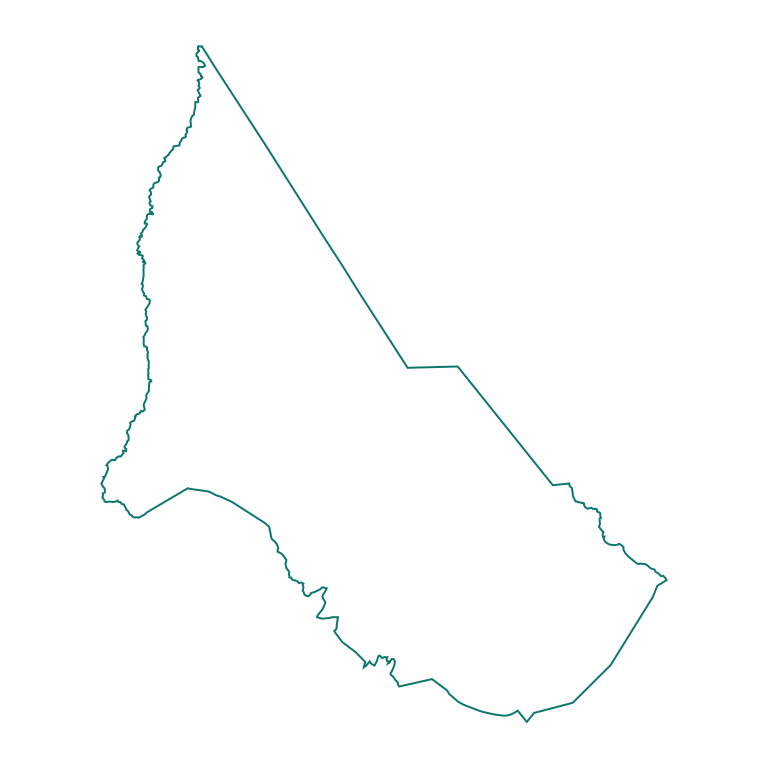 Tiaty, Rift Valley, Kenya
{"feature_id": "3690345B93323191576602", "entity_name": "Tiaty", "entity_type": "district", "adm_level": 2, "iso_a3": "KEN", "parent_name": "Kenya", "parent_adm1": "Rift Valley", "projection": "mercator", "projection_center": [35.941, 1.145], "detail": "fine", "context": "isolated", "style": "outline", "palette": "teal", "viewbox_px": 768, "rotation_deg": 0, "n_neighbors": 0, "source": "geoboundaries", "source_scale": "gbopen_adm2", "svg_char_len": 6084}
<svg xmlns="http://www.w3.org/2000/svg" viewBox="0 0 768 768"><path d="M363.8,667.3L366.0,665.9L369.7,661.4L370.8,663.2L372.8,664.7L374.5,665.5L377.0,660.9L378.2,656.5L379.1,655.6L380.6,656.3L382.1,658.2L384.4,657.0L386.0,657.5L387.2,657.2L386.6,659.1L386.8,660.7L388.7,661.4L387.9,663.6L389.5,662.6L390.4,660.7L391.8,659.0L393.9,659.2L394.9,661.5L394.6,663.8L394.1,665.9L391.8,671.4L390.7,672.9L390.5,674.3L393.4,677.1L394.9,679.4L397.8,682.6L398.2,685.1L399.2,686.5L432.0,679.1L447.0,690.4L449.4,694.2L458.1,701.7L464.1,705.0L478.8,710.6L483.2,712.0L494.5,714.5L500.6,715.3L504.5,715.7L508.1,715.3L511.0,714.4L514.2,712.9L517.7,710.6L526.8,721.9L534.2,712.9L572.7,702.8L610.7,665.0L652.9,596.9L657.3,585.9L666.6,580.1L666.1,579.0L663.3,575.8L661.2,576.2L658.1,573.2L655.6,571.9L654.4,569.5L650.5,568.3L647.2,565.2L645.0,564.1L639.8,563.5L638.3,564.1L636.5,563.2L628.2,556.4L625.2,553.0L623.3,549.2L623.6,547.4L622.6,546.2L620.4,544.4L618.9,543.8L617.9,544.6L614.4,545.2L609.4,544.5L605.7,542.3L604.3,540.3L603.7,538.4L604.3,537.0L603.4,537.4L602.9,536.7L602.7,534.0L603.4,532.2L603.2,531.6L602.4,531.4L598.9,526.7L599.9,524.4L599.6,518.7L600.9,518.0L600.3,516.1L600.3,513.4L599.7,512.7L597.1,511.5L596.9,509.4L596.3,509.1L595.4,508.8L593.7,509.0L592.4,508.6L591.3,507.8L587.7,508.7L586.0,507.8L584.9,506.7L583.9,504.6L584.1,503.6L583.7,503.2L582.5,502.9L581.9,503.1L580.8,502.5L577.9,502.2L577.0,501.4L575.5,501.4L573.1,496.4L572.0,488.5L571.7,487.7L571.1,487.5L569.7,486.1L569.3,483.5L552.8,485.2L457.7,366.5L407.6,367.8L357.5,290.0L343.1,266.8L322.3,234.7L265.9,145.7L216.7,69.9L201.8,46.3L201.4,46.7L200.7,46.7L198.7,46.1L198.0,46.8L197.9,49.7L199.1,50.4L199.1,51.0L196.4,53.7L196.5,56.2L198.1,57.4L198.2,59.5L198.9,61.2L200.1,60.9L201.1,61.2L203.2,62.6L204.5,64.2L205.0,66.0L203.0,67.0L198.7,66.9L198.4,67.5L198.5,72.3L200.8,74.6L201.0,76.2L202.4,77.1L202.4,77.6L200.8,79.0L199.3,79.7L197.9,79.9L197.6,80.4L198.7,81.6L199.1,82.7L199.3,84.0L198.5,85.7L199.6,87.4L199.6,88.1L199.1,88.9L197.8,89.8L197.7,90.4L200.5,95.9L198.0,97.7L197.9,98.4L198.3,100.2L198.1,102.0L197.6,102.3L195.3,102.0L195.2,108.1L194.3,110.9L193.9,114.6L192.0,116.3L190.7,119.6L190.5,121.9L190.9,124.7L190.9,126.7L187.2,127.9L186.5,130.2L187.2,130.8L187.0,132.5L185.5,134.8L185.9,136.7L185.5,137.2L183.3,137.8L182.0,138.6L181.2,140.8L179.8,142.5L179.5,145.4L173.5,146.4L173.1,149.0L169.4,153.1L168.4,155.1L167.3,155.6L166.0,157.3L164.5,157.7L164.3,158.2L165.3,160.8L165.1,161.4L163.2,162.1L161.5,165.7L158.8,166.7L158.0,168.1L158.2,170.3L159.5,172.0L160.5,174.1L160.7,175.4L160.2,177.2L159.2,177.3L158.8,177.9L159.1,180.6L158.3,181.8L155.0,183.0L153.8,183.8L153.5,184.4L153.2,187.5L150.2,189.3L149.6,190.3L149.8,191.0L150.7,191.7L151.2,194.5L149.2,196.3L149.1,197.2L150.7,201.4L149.8,201.9L149.5,203.1L150.3,205.3L152.4,206.1L152.5,207.7L150.1,209.0L149.8,211.5L150.3,211.9L151.0,211.8L152.1,212.2L153.1,213.8L152.8,214.3L150.1,213.9L148.6,214.0L147.8,214.3L147.4,215.0L146.8,216.2L147.0,218.3L144.7,221.9L144.8,223.5L146.4,223.5L147.0,223.8L147.2,224.3L145.4,227.5L143.1,229.9L142.4,232.1L140.9,233.5L141.9,235.1L141.9,236.5L141.3,236.9L140.7,235.9L139.6,236.4L139.3,236.9L139.9,239.4L139.7,239.9L137.3,242.6L137.6,244.7L138.1,245.4L139.3,246.4L137.2,249.9L137.2,250.4L138.0,251.7L139.3,251.4L140.1,251.9L140.2,252.6L139.9,253.1L137.9,253.7L139.2,254.9L141.4,255.2L142.7,255.7L142.8,256.4L142.0,258.4L144.0,260.2L144.1,261.0L142.9,261.8L143.3,262.4L144.7,262.0L145.3,262.4L145.4,263.2L143.6,265.1L143.5,265.8L143.8,267.4L143.5,269.1L143.6,275.7L142.9,280.4L141.7,283.9L142.5,284.0L142.9,286.4L142.1,289.0L142.4,290.6L143.1,292.0L144.1,293.2L143.9,295.4L146.0,296.3L146.9,299.0L149.1,299.4L150.0,301.0L149.6,302.9L148.4,305.3L145.4,309.7L146.3,311.9L145.7,313.7L145.9,315.7L146.9,316.9L146.9,319.8L145.4,321.2L145.9,325.7L147.5,326.4L147.9,328.7L147.2,330.9L145.5,333.2L144.7,335.2L143.4,337.1L143.8,339.1L143.6,344.1L144.2,346.3L146.1,346.6L147.1,347.5L146.9,349.4L148.0,352.7L147.5,354.3L147.7,356.0L147.4,357.6L148.8,361.6L148.6,366.1L148.8,367.9L148.2,369.6L148.5,373.9L148.0,374.7L148.4,377.2L148.3,379.1L150.8,380.0L151.3,381.3L149.3,382.4L148.8,388.8L149.0,390.7L146.2,395.1L146.6,397.4L145.8,400.0L143.9,403.9L143.7,405.4L144.8,409.4L143.7,410.8L142.4,411.7L140.8,411.0L139.9,412.8L138.8,413.9L136.7,414.3L135.8,415.3L135.7,416.3L134.9,416.4L135.0,418.4L134.1,420.7L131.7,421.6L130.2,422.6L130.5,424.4L130.2,426.7L128.9,429.5L127.2,430.7L127.0,433.2L128.4,435.2L128.7,440.0L127.2,441.3L126.7,443.4L124.7,446.2L124.7,447.7L126.4,449.2L125.9,451.2L124.3,450.6L123.0,450.7L123.4,453.2L120.7,456.5L118.5,456.4L116.3,458.1L115.0,460.2L112.9,460.0L110.9,460.2L107.7,463.3L106.5,465.1L107.3,465.4L108.1,469.1L104.9,476.8L103.4,476.9L104.0,478.5L101.4,483.5L102.3,485.5L104.5,488.4L105.1,490.7L104.7,492.6L102.7,493.5L103.0,495.6L102.4,497.4L103.2,498.8L104.3,499.9L104.5,501.4L105.9,502.0L110.5,501.6L112.6,502.0L115.2,501.7L117.8,500.6L118.6,502.1L120.5,502.2L121.6,503.9L124.0,504.5L124.7,506.4L125.8,508.0L126.3,509.8L127.8,510.7L129.8,514.5L131.5,515.2L132.5,516.6L133.7,517.2L135.1,517.5L136.7,517.2L138.6,517.7L145.2,514.2L146.5,512.6L148.4,511.5L187.7,488.3L192.3,489.2L207.6,491.3L209.7,491.9L216.1,495.3L220.7,496.7L232.1,502.0L264.7,522.9L269.2,526.8L271.5,538.6L275.1,541.9L276.8,544.2L277.9,546.9L278.2,548.9L277.6,550.4L277.7,551.8L280.7,553.2L282.1,554.3L284.4,556.9L285.0,558.3L286.2,559.5L286.3,561.5L285.4,563.7L285.9,566.2L286.8,568.7L288.1,570.1L289.3,572.1L289.0,574.4L289.4,576.0L289.3,577.4L291.2,577.6L291.7,579.1L292.9,580.0L295.7,580.6L297.9,581.6L298.7,583.1L301.3,582.5L303.4,583.6L302.6,585.2L303.5,586.9L302.7,590.6L303.8,592.5L304.4,594.4L306.0,595.7L308.3,596.2L310.1,594.6L311.2,592.9L314.5,592.1L320.4,589.2L321.9,587.5L323.6,587.4L325.0,588.1L326.6,588.2L326.6,588.9L322.4,596.1L322.9,598.1L325.4,602.4L323.7,606.8L322.5,609.3L317.7,615.2L317.1,617.2L322.3,618.7L329.9,617.9L332.0,617.2L337.9,617.2L336.7,625.6L336.7,627.5L336.0,629.6L334.2,630.9L334.9,632.2L342.4,642.2L355.8,652.3L365.4,662.1L364.6,664.2L363.8,667.3Z" fill="none" stroke="#0f766e" stroke-width="2"/></svg>